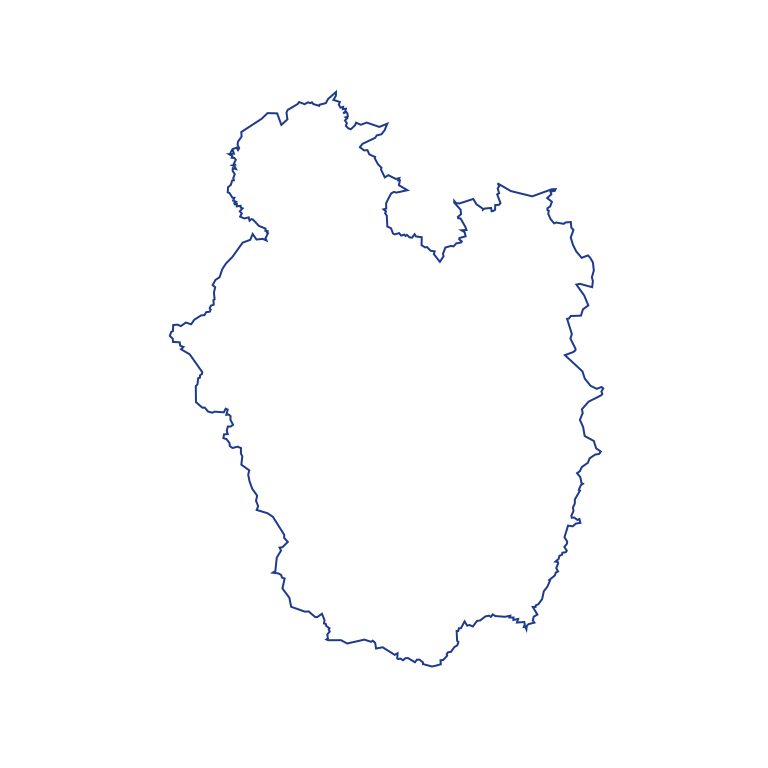 the district of Talpa de Allende, Jalisco, Mexico, rotated 28°
{"feature_id": "50627088B38864018180233", "entity_name": "Talpa de Allende", "entity_type": "district", "adm_level": 2, "iso_a3": "MEX", "parent_name": "Mexico", "parent_adm1": "Jalisco", "projection": "albers", "projection_center": [-105.005, 20.299], "detail": "fine", "context": "isolated", "style": "outline", "palette": "blue", "viewbox_px": 768, "rotation_deg": 28, "n_neighbors": 0, "source": "geoboundaries", "source_scale": "gbopen_adm2", "svg_char_len": 6165}
<svg xmlns="http://www.w3.org/2000/svg" viewBox="0 0 768 768"><g transform="rotate(28 384 384)"><path d="M622.6,414.4L619.9,411.5L618.6,413.2L614.6,412.6L612.6,413.9L611.3,412.5L610.9,407.0L608.9,404.6L608.6,400.0L606.7,396.3L607.1,386.1L605.7,386.0L605.3,380.8L606.5,378.7L604.7,378.6L601.1,374.1L596.3,372.1L597.9,368.9L597.6,364.6L601.0,357.8L600.4,353.3L603.5,347.3L606.8,344.7L607.1,341.9L601.5,341.2L596.0,335.8L585.6,335.7L580.1,328.6L573.8,323.7L573.1,316.4L570.6,313.4L572.9,303.6L581.0,292.1L581.5,290.4L579.5,288.6L579.7,285.0L577.5,284.5L574.1,288.4L567.2,288.6L558.8,285.0L553.3,279.7L530.2,273.6L536.2,266.8L537.2,264.5L536.6,263.0L527.3,256.4L526.4,251.7L515.1,240.5L516.5,239.4L517.0,236.3L525.8,231.2L524.6,224.7L527.5,218.7L519.3,211.9L507.2,205.9L509.9,203.6L522.3,200.8L520.2,195.2L517.4,192.1L516.0,185.3L511.4,178.6L506.7,175.7L503.7,174.7L499.3,179.8L491.5,176.7L485.6,172.5L480.1,167.0L479.0,159.1L476.0,158.0L472.9,153.3L468.4,156.2L467.5,158.2L460.2,160.6L458.8,162.3L453.7,160.2L449.1,156.6L448.2,153.7L446.5,153.6L445.8,152.0L447.4,149.3L446.7,144.3L440.8,143.2L442.7,137.9L440.7,136.0L444.1,133.3L444.0,131.4L440.7,133.3L426.8,148.7L405.4,154.1L390.1,153.5L392.8,155.0L392.6,158.0L396.1,161.5L394.9,163.4L401.9,169.6L401.4,171.8L398.2,173.8L400.3,178.0L399.2,180.0L397.9,180.9L395.9,178.3L390.4,181.9L389.5,183.8L388.8,182.8L381.2,181.9L376.0,178.7L366.0,189.0L362.8,190.5L360.1,189.4L360.9,190.9L369.7,194.1L372.3,197.8L370.8,201.9L371.7,202.8L373.9,201.9L382.1,207.1L384.5,209.3L380.2,211.9L384.0,212.1L386.7,215.3L382.1,219.7L382.5,221.0L385.7,221.6L385.6,222.9L381.8,225.9L380.8,229.9L378.5,230.5L374.1,234.7L375.0,241.5L376.6,243.2L376.0,249.9L367.0,245.9L366.5,243.1L362.5,244.5L357.7,242.9L356.1,244.1L352.0,243.8L348.4,236.7L343.0,238.7L340.7,237.4L340.1,241.6L337.8,242.5L334.2,241.6L333.4,243.2L331.7,242.6L329.5,244.9L326.5,243.7L323.1,246.9L321.3,246.9L317.1,243.2L313.0,243.4L307.4,234.0L304.8,232.7L304.7,230.6L301.6,230.0L303.6,228.0L301.0,223.4L300.8,216.7L300.9,212.3L302.5,209.8L305.2,209.1L313.7,201.9L303.9,201.5L302.4,196.7L300.9,197.5L300.8,195.1L298.2,197.4L289.8,197.6L287.7,201.2L280.6,196.0L280.2,194.2L275.7,192.9L269.9,189.1L269.7,187.8L263.2,188.1L259.6,185.3L256.7,187.1L251.5,186.2L252.3,182.0L260.6,170.8L260.9,167.9L264.5,164.7L265.4,159.7L264.7,152.6L259.2,159.2L246.0,161.3L241.8,166.0L236.6,166.4L237.0,169.1L235.1,174.6L232.4,175.0L229.2,174.0L228.7,171.1L225.8,169.6L226.7,166.7L224.9,166.5L226.5,164.8L224.7,162.3L223.1,161.6L220.9,164.2L221.9,161.4L221.1,158.8L218.6,160.6L217.8,158.5L215.8,160.4L213.0,158.6L212.6,155.7L206.0,156.9L206.2,152.1L204.5,148.7L200.8,158.7L200.8,163.3L195.9,167.7L196.2,168.8L190.1,170.0L188.1,169.1L187.1,170.6L184.6,171.0L182.6,174.2L176.7,174.9L176.2,177.6L170.3,187.2L170.5,190.2L174.5,195.7L171.7,203.4L162.6,195.2L154.0,199.5L151.4,207.4L139.7,228.5L142.1,232.4L141.3,238.7L142.5,241.6L145.4,243.8L145.3,246.0L142.8,244.5L140.0,247.8L140.0,250.5L141.1,248.9L143.4,251.1L139.2,253.8L143.2,254.0L143.4,255.7L145.7,254.7L147.9,255.6L148.0,259.8L149.5,260.3L147.5,262.1L149.8,261.9L152.4,263.7L149.2,264.4L150.2,266.8L153.7,268.8L154.3,273.1L155.8,274.6L154.4,275.7L155.3,280.0L153.9,283.5L156.1,288.2L157.7,287.8L162.8,290.7L164.5,289.8L164.7,292.9L167.8,292.5L166.9,294.6L167.9,295.4L169.5,294.0L170.6,296.3L173.7,294.0L174.7,295.5L176.7,295.3L175.6,299.2L178.4,300.2L178.4,303.8L183.0,303.4L186.3,300.4L188.6,302.9L189.5,300.7L191.1,300.3L199.2,303.1L206.5,302.4L207.3,304.4L209.5,303.7L209.6,305.3L210.8,305.3L210.9,310.8L212.9,312.5L208.8,312.8L203.6,316.3L197.6,313.2L198.2,319.5L192.8,325.6L190.5,342.9L187.9,351.8L187.3,358.7L188.7,366.9L186.3,371.3L186.3,377.1L189.5,377.8L190.9,383.1L194.7,388.8L194.0,390.0L196.4,393.9L194.4,396.1L194.5,399.0L196.1,399.7L196.2,402.0L193.3,404.0L193.1,407.5L190.3,409.3L186.3,416.4L185.7,421.8L180.2,422.8L177.4,428.3L173.9,428.5L170.2,430.9L172.8,436.3L171.7,437.9L172.3,442.1L176.3,443.2L177.9,445.9L184.1,443.1L186.0,445.8L189.5,445.5L188.5,448.6L198.5,449.0L217.9,458.8L218.6,460.4L217.5,462.7L218.5,464.9L217.2,466.1L219.5,472.0L218.8,474.2L226.5,488.3L234.8,490.2L236.8,489.0L241.6,490.9L245.8,490.0L247.5,487.9L255.9,484.2L255.8,480.1L258.0,480.0L259.3,485.2L261.0,483.9L263.6,484.4L265.2,487.7L269.9,490.9L268.6,493.5L266.1,494.9L267.1,499.1L269.5,501.6L266.4,503.6L267.6,507.2L270.8,506.6L275.2,508.6L277.0,511.2L280.3,511.6L284.1,508.1L287.8,507.7L290.3,512.6L292.8,514.3L295.9,522.2L305.6,523.5L306.7,527.9L311.0,533.1L316.9,538.4L324.5,542.2L325.8,547.2L330.3,551.0L330.7,555.0L341.6,552.8L348.2,553.4L366.7,564.0L368.0,566.7L373.2,568.6L371.0,575.7L368.6,577.5L371.3,579.5L370.8,587.6L375.9,600.2L374.4,602.8L379.9,600.8L382.9,600.9L384.7,602.8L387.6,602.4L390.3,612.2L400.8,617.2L406.6,624.3L420.8,622.2L424.3,620.2L432.8,622.1L434.5,621.1L437.1,616.0L442.4,620.5L443.4,623.6L445.3,623.2L446.7,624.8L450.5,625.2L450.3,626.6L452.3,628.1L451.5,631.8L453.9,634.9L453.1,636.6L455.0,636.4L466.3,630.4L473.3,630.4L486.7,618.9L493.6,617.7L494.6,615.9L497.7,616.7L501.2,621.3L506.4,617.1L520.6,618.1L522.4,615.4L524.5,620.1L525.6,620.2L527.6,618.7L530.5,619.0L531.7,616.0L533.9,614.7L541.9,615.2L542.5,611.9L544.9,610.7L549.2,611.6L549.9,613.0L559.0,610.9L561.8,608.6L565.7,604.8L563.6,601.4L565.9,599.8L567.3,594.2L566.2,593.1L566.4,590.9L568.9,589.0L569.6,583.3L571.4,580.4L570.8,576.9L569.1,576.4L564.1,568.0L565.5,567.2L564.8,564.5L566.6,563.5L566.6,555.8L570.9,558.3L572.6,556.7L576.3,556.4L577.3,549.6L579.9,547.6L582.7,541.5L585.6,539.2L587.7,539.4L588.2,536.4L591.3,536.6L600.0,532.8L604.2,529.4L604.4,531.2L608.0,529.4L609.0,531.6L612.7,528.5L613.4,532.2L619.6,528.3L621.2,530.2L621.5,532.9L622.6,532.0L624.9,533.8L623.6,530.5L624.3,528.2L628.8,524.1L626.5,522.9L625.4,519.2L627.7,515.6L620.1,511.0L622.5,509.7L621.9,508.3L623.7,505.9L624.6,499.6L622.4,491.9L623.4,486.3L622.9,479.7L621.9,479.6L624.7,472.9L624.2,469.7L625.7,467.8L622.5,465.7L622.0,460.7L621.0,459.6L618.8,460.3L620.3,456.5L619.6,453.3L621.3,451.2L620.7,449.2L623.5,447.2L623.7,445.4L619.7,443.2L620.5,439.2L619.7,437.1L615.3,434.6L613.0,422.6L617.4,421.1L619.1,417.0L622.6,414.4Z" fill="none" stroke="#1e3a8a" stroke-width="2"/></g></svg>